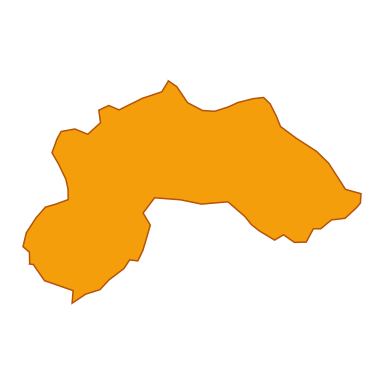 the district of Loukrounou, Paphos, Cyprus
{"feature_id": "46923920B56770257567799", "entity_name": "Loukrounou", "entity_type": "district", "adm_level": 2, "iso_a3": "CYP", "parent_name": "Cyprus", "parent_adm1": "Paphos", "projection": "albers", "projection_center": [32.469, 34.954], "detail": "fine", "context": "isolated", "style": "filled", "palette": "amber", "viewbox_px": 384, "rotation_deg": 0, "n_neighbors": 0, "source": "geoboundaries", "source_scale": "gbopen_adm2", "svg_char_len": 989}
<svg xmlns="http://www.w3.org/2000/svg" viewBox="0 0 384 384"><path d="M29.5,264.0L33.3,264.5L44.5,280.7L73.1,290.6L72.1,303.2L85.6,294.2L100.0,289.6L108.9,280.0L124.0,268.5L129.6,259.9L137.8,260.9L142.8,250.6L146.1,239.7L150.3,225.2L143.1,213.0L154.6,197.8L180.6,199.8L201.6,204.1L227.9,201.8L245.0,216.6L251.3,224.5L259.2,230.8L274.6,240.1L283.5,234.8L294.4,242.4L304.0,242.1L306.2,242.1L313.4,228.8L320.7,228.8L331.5,219.9L345.0,218.3L356.5,207.7L360.4,203.1L361.0,193.7L345.5,189.4L328.7,163.3L316.6,151.4L296.2,138.2L280.5,126.5L276.6,116.8L270.3,104.1L263.6,97.5L253.4,98.6L238.0,102.5L228.4,106.9L214.6,111.3L202.5,110.5L187.6,102.7L176.8,86.7L168.3,80.8L168.2,81.4L161.8,91.8L142.4,98.3L119.0,109.9L108.8,105.5L98.8,110.2L100.5,122.7L87.8,134.3L74.9,129.0L61.1,131.5L57.0,139.0L52.0,152.8L58.3,163.6L65.8,179.1L68.0,188.8L68.2,199.6L55.3,204.3L45.4,207.1L36.0,217.9L26.3,232.8L23.0,246.7L29.4,252.2L29.7,263.6L29.5,264.0Z" fill="#f59e0b" stroke="#b45309" stroke-width="1.5"/></svg>